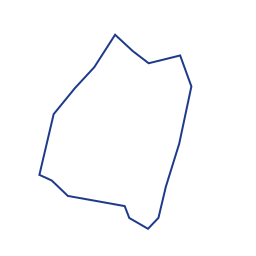 SVG path tracing the border of Szombathely, rotated 210°
{"feature_id": "HUN-4903", "entity_name": "Szombathely", "entity_type": "Urban county", "adm_level": 1, "iso_a3": "HUN", "parent_name": "Hungary", "parent_adm1": "", "projection": "mercator", "projection_center": [16.615, 47.219], "detail": "fine", "context": "isolated", "style": "outline", "palette": "blue", "viewbox_px": 256, "rotation_deg": 210, "n_neighbors": 0, "source": "natural_earth", "source_scale": "10m", "svg_char_len": 366}
<svg xmlns="http://www.w3.org/2000/svg" viewBox="0 0 256 256"><g transform="rotate(210 128 128)"><path d="M146.1,39.1L167.8,44.4L181.3,43.1L199.3,102.8L193.9,136.0L187.6,163.9L185.8,202.3L162.4,197.0L142.5,194.4L119.1,216.9L93.9,195.7L75.8,140.0L65.9,96.2L56.7,65.4L60.3,50.7L81.9,50.7L91.8,58.7L146.1,39.1Z" fill="none" stroke="#1e3a8a" stroke-width="2"/></g></svg>